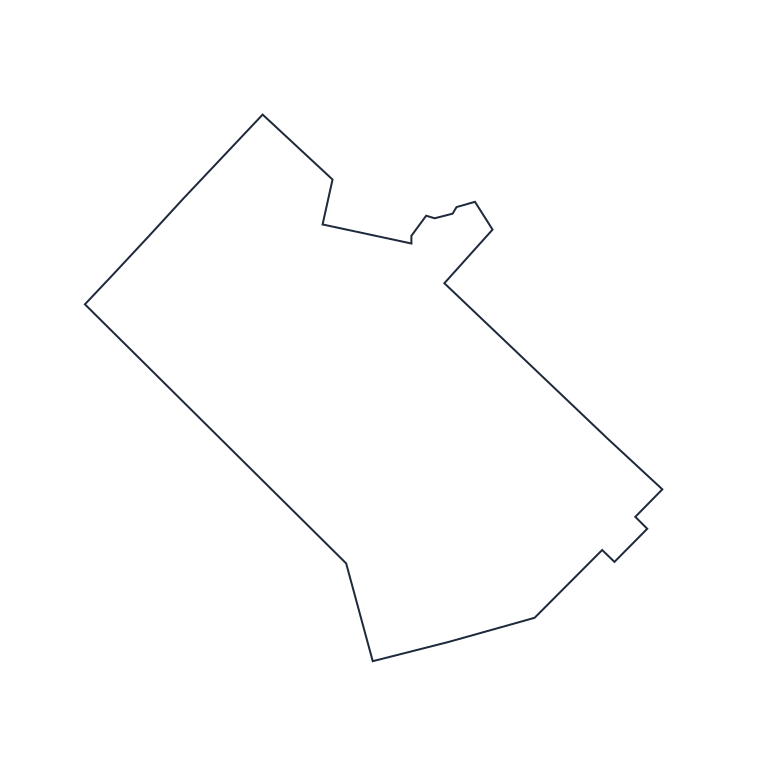 outline of Hamilton, New York, United States of America, rotated 320°
{"feature_id": "52423323B65561543584618", "entity_name": "Hamilton", "entity_type": "district", "adm_level": 2, "iso_a3": "USA", "parent_name": "United States of America", "parent_adm1": "New York", "projection": "orthographic", "projection_center": [-74.36, 43.668], "detail": "fine", "context": "isolated", "style": "outline", "palette": "slate", "viewbox_px": 768, "rotation_deg": 320, "n_neighbors": 0, "source": "geoboundaries", "source_scale": "gbopen_adm2", "svg_char_len": 489}
<svg xmlns="http://www.w3.org/2000/svg" viewBox="0 0 768 768"><g transform="rotate(320 384 384)"><path d="M350.0,112.9L298.7,119.6L244.9,126.2L206.1,130.7L239.7,497.1L197.2,589.1L267.9,623.2L349.1,659.9L444.4,651.4L446.2,668.4L492.6,664.1L491.1,647.3L529.5,643.6L520.2,569.8L495.0,345.6L566.4,335.5L570.8,302.9L553.3,295.1L546.0,297.6L529.3,289.6L524.5,282.2L500.2,288.1L495.3,294.0L439.5,222.3L476.0,194.3L464.2,99.6L350.0,112.9Z" fill="none" stroke="#1e293b" stroke-width="2"/></g></svg>